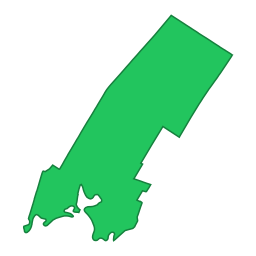 outline of Alexeni, Ialomita, Romania
{"feature_id": "2599482B94513339956847", "entity_name": "Alexeni", "entity_type": "district", "adm_level": 2, "iso_a3": "ROU", "parent_name": "Romania", "parent_adm1": "Ialomita", "projection": "equal_earth", "projection_center": [26.708, 44.701], "detail": "fine", "context": "isolated", "style": "filled", "palette": "green", "viewbox_px": 256, "rotation_deg": 0, "n_neighbors": 0, "source": "geoboundaries", "source_scale": "gbopen_adm2", "svg_char_len": 5483}
<svg xmlns="http://www.w3.org/2000/svg" viewBox="0 0 256 256"><path d="M113.7,240.6L115.1,239.5L125.0,230.6L125.6,230.4L128.8,229.5L132.6,228.5L133.0,228.3L133.3,228.0L133.7,227.6L134.4,227.0L134.8,226.6L134.8,226.4L134.9,226.1L136.8,222.5L137.2,221.7L137.6,220.9L137.6,220.6L137.6,220.4L137.4,218.8L137.3,218.4L137.2,217.6L137.2,217.2L137.2,216.8L138.2,214.2L139.0,211.7L140.9,206.0L141.3,205.0L141.5,204.5L141.5,204.4L141.6,204.0L141.9,203.4L142.0,202.8L142.0,202.6L141.9,202.5L141.3,202.0L140.9,201.8L140.1,201.3L139.9,201.6L136.9,200.1L142.0,191.6L142.5,190.8L145.8,191.7L146.5,191.5L146.6,191.2L147.6,189.7L148.8,187.9L150.7,184.6L146.7,183.3L143.0,182.0L141.7,181.5L140.3,181.0L133.8,178.8L134.0,178.6L142.6,164.1L140.8,163.2L143.7,158.4L146.6,153.5L151.7,144.9L162.9,126.5L179.3,137.2L179.8,136.2L182.8,131.1L186.4,125.0L188.5,121.4L191.1,117.0L199.0,104.1L201.2,100.8L202.8,98.2L203.6,97.0L205.7,93.9L208.9,89.1L210.1,87.5L211.5,85.6L213.0,83.5L214.7,81.1L217.0,78.0L219.1,74.8L219.7,74.0L219.9,73.8L225.8,65.0L231.7,56.1L231.8,55.6L232.3,55.0L232.1,54.9L230.9,54.0L230.8,53.9L219.8,47.0L219.5,46.7L213.9,43.1L208.3,39.4L198.3,33.1L198.2,32.9L191.7,28.7L185.4,24.6L178.2,19.9L171.2,15.4L169.0,18.1L168.9,18.2L154.6,35.2L151.5,38.7L147.0,43.7L143.3,47.9L140.2,51.3L137.1,54.9L132.5,60.0L129.0,64.1L126.4,67.0L119.6,74.8L115.3,79.6L111.0,84.4L108.7,87.1L107.7,88.4L107.0,89.3L106.3,90.3L104.8,92.7L104.4,93.5L103.1,95.7L102.1,97.4L100.4,100.2L97.7,104.7L96.5,106.8L94.8,109.5L93.8,111.3L93.3,112.1L92.7,113.1L92.6,113.4L91.9,114.4L91.2,115.6L88.3,120.3L87.2,122.0L86.4,123.4L85.9,124.2L85.5,124.9L84.0,127.4L83.8,127.7L83.6,128.1L83.4,128.4L83.3,128.6L81.5,131.6L80.4,133.5L80.1,134.1L77.8,138.1L77.7,138.2L77.5,138.5L76.4,140.3L75.3,142.2L74.1,144.3L73.4,145.4L72.6,146.8L71.8,148.1L71.5,148.7L70.8,149.8L70.2,150.8L69.7,151.6L69.3,152.3L68.2,154.1L67.2,156.0L66.2,157.7L64.5,160.6L62.6,164.1L60.1,168.3L59.8,168.9L59.5,169.1L59.2,169.2L58.8,169.0L52.7,165.1L49.5,168.9L45.2,171.6L44.4,171.4L43.8,171.3L43.2,171.1L42.6,171.9L41.9,173.8L41.0,176.8L40.0,180.2L38.8,184.4L36.9,190.9L36.5,191.7L36.0,193.4L34.3,199.0L34.3,199.5L33.7,201.4L33.1,203.6L32.6,205.1L31.5,208.8L30.1,213.4L29.1,216.4L28.5,218.7L28.8,219.3L29.1,219.8L29.4,220.3L29.6,220.9L29.7,221.6L29.6,222.8L29.5,223.5L29.2,224.0L28.9,224.3L28.4,224.7L27.7,225.0L26.8,225.3L25.3,225.8L24.5,226.1L23.9,226.3L23.7,227.1L23.8,228.0L24.0,228.8L24.3,229.8L24.4,230.5L24.5,231.3L24.7,231.8L25.1,232.2L25.5,232.5L26.0,232.6L26.7,232.5L27.2,232.3L27.8,231.8L28.3,231.4L29.1,230.7L29.6,230.0L30.0,229.4L30.2,229.0L30.4,228.8L30.7,228.1L31.1,227.2L31.3,226.5L31.4,226.3L31.5,226.1L31.5,225.9L31.5,225.6L31.7,225.1L31.9,224.4L32.0,223.8L32.0,223.3L32.1,222.7L32.3,221.7L32.7,219.8L32.9,218.9L33.3,218.0L34.0,216.8L34.3,216.4L34.7,215.8L35.4,215.1L35.9,214.7L36.4,214.6L36.9,214.7L37.9,215.1L38.1,215.2L38.9,215.9L39.6,216.6L39.9,216.9L40.3,217.2L41.0,217.9L41.7,218.2L42.9,218.5L44.2,218.8L45.1,219.0L45.7,219.2L45.9,219.6L46.1,220.2L46.1,220.7L45.7,221.3L45.1,221.8L44.4,222.3L43.8,223.0L43.5,223.5L43.4,224.0L43.5,224.4L43.8,224.9L44.2,225.4L44.8,225.7L45.3,225.9L46.1,225.8L47.0,225.5L47.6,225.0L48.3,224.4L49.0,223.7L49.7,223.1L50.7,222.2L51.6,221.3L52.4,220.6L53.1,219.9L54.3,219.3L55.2,218.8L55.6,218.5L56.4,218.2L59.5,217.2L61.6,216.6L63.5,216.1L64.6,215.9L65.6,215.9L66.7,215.9L67.7,216.0L68.6,216.1L69.7,216.4L71.9,217.0L72.4,216.9L73.0,216.7L73.3,216.3L73.2,216.0L72.8,215.5L72.1,214.8L71.3,214.2L70.7,213.7L70.1,213.5L69.8,213.4L68.9,213.1L67.0,212.6L66.4,212.5L65.2,212.3L64.8,212.0L64.5,211.8L64.3,211.5L64.1,211.3L64.1,211.0L64.2,210.6L64.3,210.3L64.5,209.9L64.7,209.5L64.9,209.4L65.1,209.2L65.5,209.0L65.8,208.9L66.1,208.8L66.6,208.7L66.8,208.7L67.0,208.6L67.3,208.4L67.6,208.1L68.6,207.3L68.8,207.1L69.5,206.6L70.1,206.3L70.8,206.0L71.6,205.9L72.3,205.9L73.0,206.1L73.7,206.4L74.1,206.8L74.5,207.6L74.5,208.3L74.2,208.9L73.9,209.5L73.4,210.3L73.3,211.3L74.1,211.9L75.0,212.1L76.6,212.2L78.3,212.3L78.8,212.5L80.0,209.8L79.6,209.6L78.9,208.9L77.7,207.6L77.3,207.0L77.0,206.5L76.6,205.5L76.2,204.2L76.6,202.9L76.9,201.5L77.6,196.4L78.1,194.3L77.8,193.8L78.9,189.2L80.2,185.0L80.6,185.0L81.3,184.5L82.5,186.5L82.9,187.8L83.5,190.2L84.3,192.4L84.9,193.7L85.6,195.2L86.9,197.1L88.4,198.1L89.4,198.6L90.5,198.9L91.3,198.7L92.3,198.2L93.2,197.3L93.6,196.5L94.4,195.4L95.0,194.9L95.6,194.7L96.7,194.6L97.5,194.5L98.1,194.9L98.8,195.6L99.1,196.0L99.5,196.5L100.0,197.2L100.5,198.0L101.0,198.5L101.5,199.3L101.6,199.9L101.7,200.5L101.6,201.2L101.4,201.7L100.7,202.2L99.5,202.7L98.3,203.6L97.6,204.6L96.7,205.1L95.9,205.4L94.7,205.9L94.0,206.1L93.1,206.4L92.4,206.5L91.4,206.6L90.3,206.7L88.9,206.7L87.7,206.8L86.5,207.3L85.7,207.6L84.7,208.6L84.3,209.4L84.3,210.0L84.5,210.8L85.3,212.0L86.0,212.8L87.0,213.8L88.0,214.9L89.2,216.4L90.5,218.2L91.1,219.2L91.7,220.1L92.1,221.1L92.5,222.1L93.0,223.3L93.3,224.2L93.9,225.6L94.4,227.5L94.5,228.5L94.5,229.6L94.3,230.9L93.9,232.0L93.3,233.6L92.8,235.2L92.6,236.3L92.6,236.9L92.6,237.7L93.0,238.8L93.4,239.5L93.8,239.9L94.4,240.3L95.8,240.5L96.5,240.4L97.2,240.2L98.2,239.4L98.8,238.8L99.8,238.2L101.0,238.1L102.2,238.4L102.9,238.8L103.7,239.4L104.7,240.2L105.4,240.6L106.3,240.5L107.3,239.8L107.8,239.0L108.1,238.0L108.1,237.1L108.4,235.7L109.0,234.5L109.6,233.9L110.2,233.2L110.8,232.7L111.2,232.5L112.0,232.2L112.9,232.2L113.7,232.6L114.3,233.2L114.6,234.2L114.1,235.4L113.8,236.8L113.6,238.6L113.5,239.9L113.7,240.6Z" fill="#22c55e" stroke="#15803d" stroke-width="1.5"/></svg>